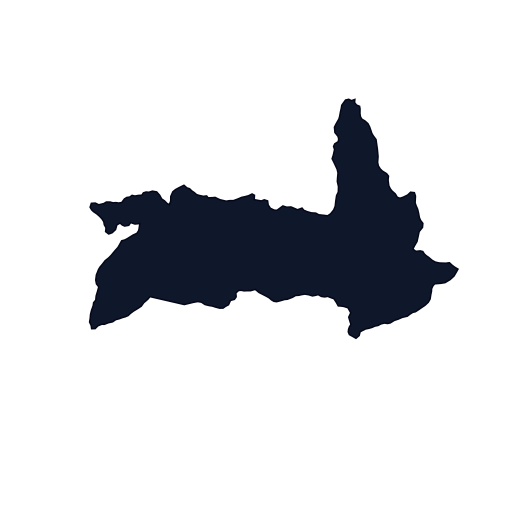 Santo Anastácio, São Paulo, Brazil (orthographic projection), rotated 232°
{"feature_id": "56859067B41662494017714", "entity_name": "Santo Anastácio", "entity_type": "district", "adm_level": 2, "iso_a3": "BRA", "parent_name": "Brazil", "parent_adm1": "São Paulo", "projection": "orthographic", "projection_center": [-51.711, -22.014], "detail": "fine", "context": "isolated", "style": "filled", "palette": "ink", "viewbox_px": 512, "rotation_deg": 232, "n_neighbors": 0, "source": "geoboundaries", "source_scale": "gbopen_adm2", "svg_char_len": 4262}
<svg xmlns="http://www.w3.org/2000/svg" viewBox="0 0 512 512"><g transform="rotate(232 256 256)"><path d="M121.3,407.1L124.9,405.7L127.8,404.9L131.6,404.3L133.5,401.1L135.4,398.8L137.8,396.0L140.9,393.5L144.3,392.1L148.7,391.2L151.5,390.3L154.0,389.9L156.8,390.2L158.9,388.6L161.3,384.8L164.9,383.9L166.4,387.0L168.3,391.8L171.6,395.8L174.8,399.6L176.0,404.8L179.0,407.6L182.8,407.6L185.7,408.4L189.9,410.6L193.4,412.2L197.0,413.1L199.9,414.1L202.3,416.2L205.1,418.6L208.4,419.8L211.1,417.1L210.7,413.1L211.7,408.3L212.9,405.0L215.3,403.5L219.2,404.0L223.5,403.2L226.3,403.2L229.6,403.9L234.6,406.9L237.4,409.6L240.5,409.6L245.1,407.9L248.1,407.5L251.7,407.9L254.9,409.5L259.2,413.4L265.4,417.4L273.9,422.3L278.6,422.4L281.5,422.8L283.9,423.7L287.7,425.0L291.4,425.7L295.3,425.0L298.6,423.7L301.3,424.0L304.2,425.6L307.9,428.6L310.2,429.8L313.2,428.1L316.3,428.2L318.5,430.3L319.7,426.8L322.4,425.6L323.8,422.6L322.0,416.4L319.7,413.9L317.6,411.3L314.4,407.7L312.9,405.6L310.6,400.0L309.2,397.1L304.7,394.2L299.8,394.3L297.3,393.2L295.5,391.2L295.9,387.1L294.6,384.6L291.6,383.5L287.8,378.9L285.8,375.9L281.5,375.0L274.5,373.4L271.0,371.8L267.5,368.5L264.7,366.0L259.9,363.7L255.7,360.2L254.0,356.7L250.4,352.9L246.4,349.0L244.4,345.5L243.3,340.6L243.6,337.2L246.3,334.5L249.9,330.8L253.0,329.5L255.9,326.2L259.3,323.7L262.6,321.8L265.4,321.8L266.9,317.2L270.4,315.3L273.1,313.8L275.6,310.2L278.9,308.0L279.1,300.7L280.8,298.7L284.7,296.7L288.7,297.0L292.3,299.1L295.2,297.1L296.1,294.1L301.5,289.3L304.8,292.2L307.3,291.1L308.1,287.2L309.7,283.5L311.0,280.9L312.2,276.5L313.5,272.4L315.8,269.4L317.6,266.2L322.5,262.3L324.8,261.1L327.3,259.9L328.8,257.6L331.3,254.1L333.7,254.1L335.5,251.2L338.8,248.5L340.9,247.0L344.0,246.4L346.8,245.5L349.9,245.1L352.2,243.5L356.1,242.8L357.3,237.0L357.9,233.4L357.8,230.0L355.4,225.5L351.8,222.6L349.8,219.3L352.4,218.2L355.6,217.9L359.1,216.8L363.1,217.5L367.7,217.2L370.9,214.3L372.2,210.8L374.1,208.8L375.1,206.2L374.2,203.5L376.3,200.4L377.8,197.5L380.1,195.7L380.2,192.8L381.7,190.2L382.0,187.5L380.8,183.1L382.3,180.4L384.4,178.4L385.9,176.1L388.4,174.2L390.7,171.3L391.0,168.4L393.2,163.6L396.6,162.0L398.9,158.7L396.6,155.3L393.5,154.9L390.9,155.3L387.2,156.5L383.5,157.2L380.2,157.5L376.8,157.2L374.0,155.7L370.6,155.2L367.8,152.5L364.0,153.5L362.9,156.9L363.3,161.6L366.2,165.5L365.6,169.2L362.8,169.7L360.5,170.9L358.5,174.6L359.5,177.8L355.7,180.3L353.1,184.4L350.2,181.4L348.3,179.3L347.2,176.1L348.2,172.0L348.6,168.2L348.9,165.3L349.4,162.5L350.7,159.5L348.9,155.4L347.7,152.4L347.1,148.9L346.4,145.5L345.7,142.5L345.2,138.8L345.2,134.3L344.1,130.1L343.3,126.2L342.3,123.6L340.8,121.1L339.4,118.6L335.7,114.9L332.2,113.1L328.5,113.1L325.8,109.5L322.9,105.4L319.9,102.6L319.2,99.3L317.1,97.2L314.4,92.9L311.8,89.6L309.1,87.1L306.4,84.2L302.6,83.3L299.9,81.7L297.8,84.5L298.3,88.5L297.2,92.4L295.5,94.5L294.4,98.3L292.4,102.5L292.2,106.3L290.7,109.7L289.7,112.9L288.6,115.5L287.8,118.5L288.1,121.8L288.0,125.7L287.4,130.7L287.1,134.7L288.3,138.7L288.4,141.8L288.6,144.5L289.3,147.4L261.9,169.6L258.0,178.2L256.0,182.0L253.2,184.6L249.2,185.9L246.1,188.3L243.4,190.8L240.6,192.7L237.3,195.2L235.2,198.0L235.1,201.0L234.5,204.3L236.7,208.5L235.1,212.3L236.0,215.2L239.3,217.4L239.5,221.1L238.0,223.3L235.9,225.1L234.2,227.5L231.9,230.5L230.2,234.8L227.8,235.4L225.4,235.9L222.2,237.4L218.1,239.3L215.0,240.6L211.9,241.2L209.3,242.2L207.3,244.1L205.6,248.0L204.1,251.8L202.6,254.1L201.8,256.7L201.0,259.3L200.5,262.9L198.7,265.5L197.5,268.1L195.9,271.0L193.0,273.7L189.8,275.9L188.4,278.6L187.3,281.2L183.9,282.6L181.4,285.0L180.1,287.6L177.0,289.4L174.4,291.1L169.6,290.7L166.0,290.1L164.4,292.0L162.2,294.1L158.6,296.6L152.9,295.7L150.7,291.4L146.4,289.7L143.6,288.7L142.7,286.1L141.3,283.9L139.4,282.0L136.6,281.2L132.6,282.9L129.6,284.1L129.8,288.3L132.2,291.4L131.1,297.3L129.6,300.3L128.3,303.5L127.6,306.5L126.1,309.4L125.6,312.5L124.1,315.9L121.8,318.1L120.6,320.6L120.1,325.3L118.7,329.2L117.6,333.5L115.4,338.2L115.4,341.4L115.1,344.8L113.9,347.3L113.6,350.9L113.4,354.6L113.1,358.8L113.5,363.3L114.9,366.7L118.0,370.0L120.1,372.5L122.1,374.2L123.5,376.9L124.1,379.6L120.7,384.8L118.6,388.6L117.9,394.3L118.3,399.7L120.0,404.0L121.3,407.1Z" fill="#0f172a" stroke="#020617" stroke-width="1.5"/></g></svg>